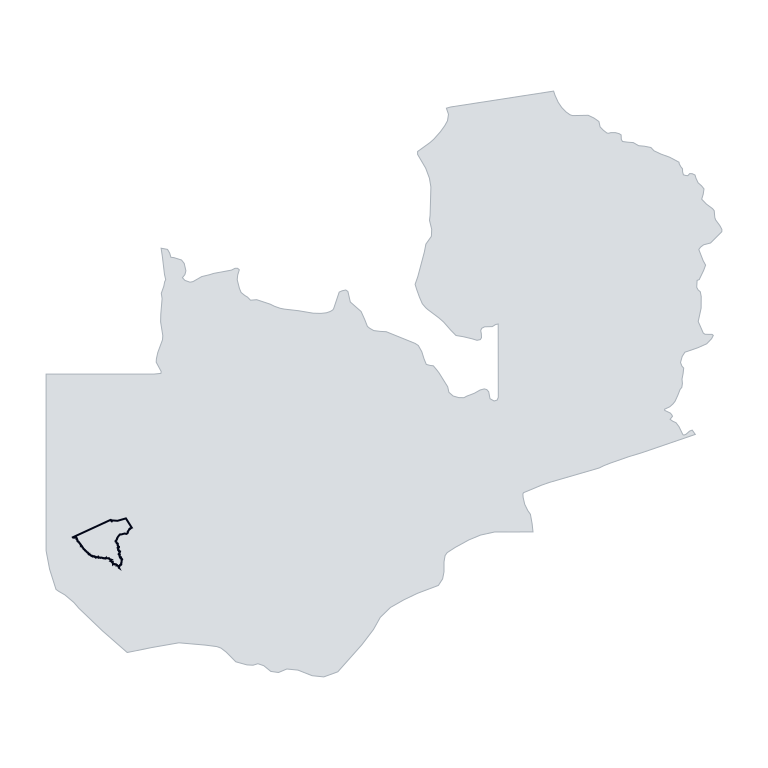 Nalolo, Western, Zambia (highlighted)
{"feature_id": "96606910B50694573542024", "entity_name": "Nalolo", "entity_type": "district", "adm_level": 2, "iso_a3": "ZMB", "parent_name": "Zambia", "parent_adm1": "Western", "projection": "mercator", "projection_center": [22.885, -15.831], "detail": "fine", "context": "in_parent", "style": "outline", "palette": "ink", "viewbox_px": 768, "rotation_deg": 0, "n_neighbors": 0, "source": "geoboundaries", "source_scale": "gbopen_adm2", "svg_char_len": 8336}
<svg xmlns="http://www.w3.org/2000/svg" viewBox="0 0 768 768"><path d="M533.0,531.9L494.5,532.0L480.4,535.1L468.9,539.9L455.2,547.4L447.2,552.6L445.1,555.5L444.0,561.9L444.0,571.8L442.6,578.9L438.4,585.4L417.5,593.3L403.9,599.8L390.5,607.4L380.3,617.3L373.4,629.6L361.9,644.7L337.8,671.8L323.8,676.9L312.1,675.7L298.0,670.1L286.8,669.0L278.5,672.5L270.8,671.4L263.8,665.7L257.9,663.7L253.1,665.2L247.0,664.9L235.8,661.8L226.2,652.1L221.0,648.1L216.9,646.6L205.4,645.1L178.9,642.8L151.4,647.6L127.2,652.5L102.6,631.0L78.9,608.3L73.9,602.5L64.9,594.9L58.5,591.2L56.0,589.4L49.6,569.2L46.1,550.7L46.1,374.1L153.9,374.1L160.9,373.4L161.2,371.5L156.2,362.2L156.4,358.8L157.8,352.5L162.5,339.8L162.8,335.6L160.6,321.8L160.8,314.1L162.1,298.6L161.3,293.3L163.8,286.3L164.7,281.7L165.7,279.7L164.5,274.4L162.3,256.0L161.1,248.2L167.5,249.4L169.7,253.2L170.9,257.3L173.8,257.6L181.5,260.0L184.2,263.4L185.9,270.8L184.9,274.6L182.4,277.7L184.9,280.4L190.0,282.2L193.0,281.6L201.7,276.6L209.6,274.7L213.7,273.4L231.5,270.1L235.1,268.3L237.6,268.3L239.3,269.8L237.7,275.0L237.2,279.7L239.4,288.4L241.1,292.5L244.8,295.5L247.5,297.1L250.5,300.2L256.7,299.7L270.3,304.2L274.5,306.3L280.2,308.3L284.3,309.1L298.3,310.7L313.2,313.2L320.9,313.4L326.4,312.8L330.2,311.5L332.6,310.1L333.6,308.8L339.2,292.1L342.1,290.8L345.8,290.0L347.9,291.5L350.3,302.0L361.1,311.5L364.7,319.5L367.4,326.4L369.7,328.3L373.8,330.6L380.3,331.4L386.2,331.7L415.1,343.4L418.3,345.5L421.8,351.7L424.0,358.8L426.3,364.4L430.0,365.4L433.3,365.8L436.6,369.7L439.1,373.0L447.7,386.8L448.9,392.3L453.1,396.0L458.7,397.6L463.9,397.7L466.9,396.1L474.3,393.3L480.1,390.0L484.3,388.9L486.8,389.6L488.7,391.8L490.0,398.7L494.1,401.0L497.1,400.1L498.3,397.4L498.3,396.0L498.2,324.0L495.6,324.5L492.3,326.6L484.6,326.8L481.7,328.3L480.7,330.6L481.3,333.6L481.5,337.7L480.3,339.6L477.0,340.3L472.1,338.8L463.3,336.7L456.0,335.5L450.7,330.1L443.6,322.0L438.9,317.9L427.6,309.4L425.7,307.7L422.3,303.7L419.4,297.0L416.6,289.2L415.1,284.3L417.8,276.7L424.4,251.9L425.9,244.1L431.4,236.3L431.7,229.3L429.5,220.3L430.1,215.3L430.9,187.0L429.4,178.1L425.7,168.2L417.6,154.4L417.6,151.5L430.1,142.5L433.8,139.2L440.3,131.9L444.7,125.8L447.5,120.8L448.5,114.3L446.4,108.2L450.6,107.0L553.6,91.1L555.0,95.3L558.2,102.3L561.7,107.5L566.1,112.0L569.9,114.7L572.4,115.6L588.2,115.3L593.9,118.0L598.9,121.5L600.1,126.9L603.4,130.3L606.9,133.0L608.4,133.3L611.0,132.6L615.3,132.6L619.2,133.7L621.1,134.9L621.3,139.4L622.5,141.5L627.8,142.2L633.3,142.6L638.6,145.7L644.3,146.2L650.9,147.5L654.0,150.8L661.0,154.1L669.6,157.2L679.0,162.2L679.2,163.7L680.8,166.7L682.5,168.8L682.6,171.9L683.4,174.8L685.8,175.5L687.8,175.7L689.7,173.6L692.2,173.7L695.0,175.0L696.0,178.3L698.1,182.8L701.6,185.9L704.0,188.9L703.2,194.2L701.7,199.2L706.4,204.1L712.6,208.7L714.2,210.7L714.8,217.6L715.7,220.0L719.9,225.7L721.9,229.5L721.8,231.7L710.5,243.0L703.6,244.8L700.6,247.1L698.8,249.5L703.2,260.8L705.6,265.1L703.6,270.5L699.2,279.6L697.1,280.4L696.7,287.3L698.1,289.9L700.3,291.8L701.2,296.5L701.1,308.2L698.2,321.5L703.3,333.1L705.1,334.3L712.1,334.4L713.3,335.4L711.6,338.7L706.7,343.8L697.7,347.8L684.9,352.2L682.2,356.4L680.5,362.5L681.9,366.1L683.7,368.1L683.1,373.5L682.0,379.1L682.4,383.5L681.8,387.4L680.1,389.4L677.8,395.3L675.1,401.2L672.9,404.0L669.7,406.8L664.6,409.2L664.7,410.4L670.4,413.1L671.9,415.0L672.5,416.3L670.1,419.3L672.7,421.2L676.0,422.7L679.0,426.7L682.6,434.1L683.2,434.9L684.2,435.0L686.1,434.2L689.6,431.1L692.2,430.1L695.3,434.4L641.6,452.8L629.0,456.6L610.1,463.2L604.0,465.6L599.1,468.0L549.1,482.5L541.2,485.3L523.5,492.7L522.9,494.0L523.1,497.3L524.7,504.3L527.8,510.6L530.4,514.3L532.1,523.7L533.0,531.9Z" fill="#d9dde1" stroke="#a8b0b8" stroke-width="1"/><path d="M110.5,519.9L72.8,537.3L72.9,537.5L73.2,537.6L73.5,537.6L73.9,537.6L74.0,537.7L74.4,537.7L74.5,537.6L74.8,537.6L75.2,537.6L75.4,537.5L75.7,537.6L75.7,537.4L75.8,537.4L76.2,537.4L76.3,537.6L76.6,537.9L76.8,538.3L76.6,538.5L76.7,538.8L76.6,539.2L76.8,539.3L76.9,539.1L77.0,539.2L77.1,539.3L77.0,539.5L77.1,539.9L77.3,540.1L77.2,540.2L77.3,540.1L77.4,540.3L77.4,540.2L77.5,540.3L77.5,540.7L77.7,541.0L77.9,541.4L77.8,541.5L78.2,541.8L78.4,541.8L78.6,541.8L78.8,542.1L79.0,542.2L79.1,542.4L79.2,542.5L79.3,542.8L79.3,543.0L80.0,543.5L80.1,543.9L80.3,543.9L80.4,544.1L80.5,544.6L80.9,544.8L80.9,545.0L80.9,545.3L81.0,545.2L81.1,545.3L81.4,545.6L81.9,546.1L82.0,546.2L82.0,546.5L82.1,546.8L82.4,546.9L82.5,547.2L82.5,547.4L82.6,547.6L83.0,547.8L83.3,548.4L83.4,548.5L83.8,548.9L84.1,549.2L84.0,549.3L84.3,549.5L84.6,549.8L84.8,550.2L85.0,550.2L85.1,550.4L85.3,550.4L85.5,550.8L86.1,551.1L86.4,551.4L86.4,551.6L86.6,551.7L86.8,551.9L86.8,552.0L87.1,552.4L87.3,552.5L87.5,552.6L87.9,552.6L88.1,552.9L88.0,553.0L88.2,553.3L88.3,553.5L88.8,553.7L88.8,553.9L89.0,553.9L88.9,554.1L89.1,554.2L89.2,554.3L89.1,554.5L89.3,554.6L89.5,554.7L89.8,554.8L90.4,554.9L90.6,555.2L90.7,555.3L90.9,555.3L91.0,555.4L91.2,555.7L91.5,555.8L91.5,556.0L92.0,556.2L92.3,556.0L92.7,556.5L92.9,556.4L92.9,556.2L93.1,556.3L93.4,556.2L93.6,556.4L93.9,556.3L94.1,556.4L94.2,556.6L94.5,556.6L94.8,556.9L95.0,556.8L95.2,557.0L95.3,556.9L95.5,557.0L95.5,556.9L95.8,557.1L96.1,557.1L96.4,557.1L96.4,557.3L96.9,557.0L97.1,557.2L97.5,557.2L97.5,557.3L97.9,557.4L98.0,557.5L98.4,557.6L98.6,557.8L98.9,557.7L98.9,557.3L99.0,557.4L99.1,557.5L99.4,557.6L99.5,557.7L99.8,557.7L100.0,557.6L100.5,557.7L100.6,557.8L100.8,557.7L100.9,557.8L101.2,557.7L101.3,557.7L101.2,557.6L101.5,557.6L101.9,557.6L102.2,557.8L102.5,558.0L102.8,558.0L103.0,558.2L103.3,558.2L103.5,558.1L103.8,558.2L104.0,558.1L104.3,558.2L104.7,558.3L105.3,558.1L105.5,558.2L105.4,558.3L105.6,558.3L105.8,558.1L105.8,558.3L106.2,558.1L106.3,558.2L106.6,558.3L106.9,558.2L107.3,558.3L107.9,558.2L108.4,558.4L108.9,558.2L109.1,558.5L109.2,558.8L109.5,559.0L109.8,559.4L110.1,559.4L110.5,559.4L110.5,559.5L110.8,559.7L110.9,560.0L111.3,560.0L111.2,560.1L111.4,560.2L111.2,560.5L111.3,560.6L111.3,560.8L111.2,560.8L111.3,560.9L111.2,561.0L111.3,561.1L111.1,561.2L111.4,561.3L111.5,561.6L111.8,561.6L112.0,561.7L112.0,561.8L112.2,562.1L112.3,562.2L112.3,562.3L112.2,562.4L112.3,562.5L112.5,562.5L112.4,562.7L112.5,562.8L112.6,562.7L112.6,562.9L112.7,563.0L112.7,562.9L112.8,563.1L113.0,563.3L112.9,563.5L113.0,563.8L113.0,564.0L113.1,563.9L113.3,564.2L113.5,564.2L114.0,564.3L114.0,564.1L114.4,564.0L114.7,564.1L115.1,564.2L115.6,564.2L115.9,564.2L116.1,564.5L116.4,564.7L116.4,565.1L116.6,565.0L116.8,565.0L116.8,565.4L116.9,565.6L117.2,565.7L117.3,565.6L117.5,565.7L117.9,565.9L118.1,566.0L118.3,566.0L118.5,566.0L118.7,566.3L118.9,566.4L118.9,566.8L118.7,567.4L118.7,567.6L118.8,567.8L119.1,568.0L119.0,567.8L119.1,567.0L119.3,566.5L119.6,566.2L119.7,565.7L119.8,565.2L120.1,564.9L120.8,564.9L121.1,564.8L121.3,564.5L121.3,564.1L121.3,563.6L121.1,563.4L121.1,563.1L121.5,562.4L121.6,562.1L121.6,561.5L121.5,561.0L121.7,560.2L122.2,559.6L122.2,559.4L122.1,559.1L121.8,558.9L121.4,558.5L120.9,558.6L120.6,558.5L120.5,558.3L120.8,558.1L121.1,557.5L121.1,557.3L121.0,557.2L120.7,557.1L120.5,557.4L120.3,557.5L120.0,557.4L119.9,557.3L119.7,556.4L119.4,555.8L119.5,555.5L119.9,554.9L119.9,554.7L119.7,554.4L118.9,554.4L118.7,554.3L118.6,554.2L118.7,553.9L119.5,553.6L119.6,552.6L120.0,551.9L120.1,551.4L119.9,551.3L119.7,551.2L119.3,551.6L119.0,551.6L118.9,551.5L118.9,551.2L119.1,550.6L119.0,550.4L118.7,550.2L118.3,550.1L118.0,549.9L118.0,549.7L118.4,549.0L118.4,548.7L117.6,547.9L117.6,547.6L117.8,547.3L118.8,547.2L119.0,547.1L119.0,546.8L118.4,546.5L118.3,546.2L118.1,545.7L117.7,545.4L117.5,544.9L117.8,544.4L117.9,543.9L117.7,543.5L117.5,543.4L116.7,543.2L116.6,542.3L116.3,542.0L115.6,541.6L115.5,541.1L116.1,540.5L116.6,539.9L116.6,539.7L116.9,539.4L117.0,539.1L116.9,538.9L117.0,538.4L117.4,538.0L117.4,537.7L118.1,536.6L119.8,534.5L120.0,534.4L120.2,534.5L120.3,534.4L121.0,534.4L121.6,534.4L123.1,533.9L124.1,533.7L124.8,533.5L125.7,533.8L126.2,533.8L126.5,533.9L126.8,533.7L127.6,533.1L127.9,532.4L127.8,532.0L127.7,531.9L127.7,531.7L127.9,531.3L128.4,530.9L128.6,530.6L128.8,530.1L129.0,529.7L129.6,529.3L129.4,529.0L130.0,528.4L130.9,528.3L131.0,528.2L131.2,527.7L131.7,527.6L125.9,518.4L117.5,520.8L111.9,520.4L111.9,521.2L111.8,521.4L111.7,521.4L111.4,521.0L111.2,520.8L111.1,520.6L111.2,520.4L111.1,520.1L110.9,519.9L110.5,519.9Z" fill="none" stroke="#020617" stroke-width="2"/></svg>